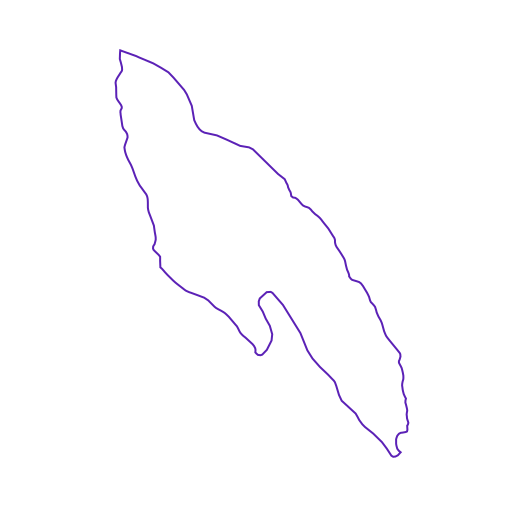 the district of Nuevo San Carlos, Retalhuleu, Guatemala, rotated 134°
{"feature_id": "79465075B2823208304542", "entity_name": "Nuevo San Carlos", "entity_type": "district", "adm_level": 2, "iso_a3": "GTM", "parent_name": "Guatemala", "parent_adm1": "Retalhuleu", "projection": "equal_earth", "projection_center": [-91.689, 14.629], "detail": "fine", "context": "isolated", "style": "outline", "palette": "violet", "viewbox_px": 512, "rotation_deg": 134, "n_neighbors": 0, "source": "geoboundaries", "source_scale": "gbopen_adm2", "svg_char_len": 4031}
<svg xmlns="http://www.w3.org/2000/svg" viewBox="0 0 512 512"><g transform="rotate(134 256 256)"><path d="M206.4,170.3L206.5,172.0L206.0,174.8L205.1,175.7L204.4,176.8L203.6,178.5L202.6,181.0L200.4,184.6L197.8,188.4L197.0,189.9L196.4,191.7L195.3,196.0L194.5,199.4L193.5,204.4L192.8,206.3L191.9,207.8L191.1,208.9L190.1,209.8L189.3,210.8L188.5,212.5L188.2,214.2L186.0,223.1L185.2,229.6L184.8,232.5L184.5,234.2L184.3,236.3L184.3,237.8L184.4,239.7L184.6,241.1L184.8,242.5L184.8,244.4L184.8,246.6L184.5,248.8L184.6,251.4L185.5,253.5L186.3,255.0L187.0,257.2L187.0,259.2L186.4,265.0L186.6,266.8L186.9,268.2L188.2,270.0L188.4,272.2L187.4,273.6L186.6,274.6L185.9,276.0L185.5,277.6L184.3,280.6L183.4,281.9L182.8,283.1L182.3,284.9L180.8,288.7L181.7,297.0L181.4,332.3L182.7,336.5L187.8,343.9L192.7,358.0L196.4,367.9L203.1,378.8L204.0,381.8L204.1,384.6L203.6,387.9L202.6,391.2L201.2,394.8L192.6,406.5L187.8,418.0L186.5,423.0L185.0,439.2L184.7,446.6L186.6,455.2L188.8,463.7L194.4,478.1L195.4,481.0L202.4,496.5L204.8,494.5L208.9,490.8L210.6,487.8L213.1,483.8L214.8,481.9L215.8,481.2L216.8,480.9L218.4,480.7L219.7,480.4L221.3,480.1L223.3,479.7L224.9,479.3L226.4,478.8L227.4,478.4L228.9,477.4L229.8,476.3L231.7,473.9L237.3,468.3L239.0,466.5L239.8,464.6L240.4,461.9L240.6,460.6L241.2,457.8L242.0,456.1L242.9,455.3L244.5,454.8L245.5,454.5L246.8,453.4L247.5,452.5L248.4,451.5L252.9,445.6L255.3,442.5L256.5,440.2L256.8,438.7L256.9,436.8L257.1,435.5L257.8,433.4L258.9,431.8L260.0,430.7L261.9,429.8L267.1,427.4L269.2,426.2L270.0,425.2L271.2,423.6L272.2,422.1L273.6,419.5L274.5,417.5L275.6,414.7L277.3,409.3L278.3,406.9L279.0,405.3L282.6,398.1L284.4,393.9L285.5,390.4L286.1,388.4L286.5,385.8L287.1,382.5L287.6,379.6L287.9,377.8L288.7,375.8L289.8,374.1L290.7,373.0L292.4,371.2L296.4,367.3L297.7,365.6L299.0,363.5L300.7,359.8L303.3,354.3L305.1,350.5L306.4,348.9L309.2,345.3L311.2,342.5L312.2,341.2L313.9,339.5L315.2,338.7L318.1,337.1L319.6,336.9L320.7,336.5L322.1,335.3L322.7,334.1L322.8,332.3L322.8,330.8L322.8,326.8L323.1,324.5L324.3,323.3L326.0,321.7L330.6,316.9L330.5,314.9L330.7,312.2L330.9,310.3L331.1,306.6L331.2,298.7L331.1,295.6L330.9,293.3L329.9,284.0L329.7,282.6L329.3,281.3L328.4,278.8L327.7,277.4L324.6,270.4L322.8,266.2L322.0,264.4L321.1,259.5L321.3,250.5L321.1,248.5L320.5,246.1L319.6,243.0L319.0,240.5L318.7,238.8L318.6,236.6L318.6,235.1L318.6,233.4L318.8,231.5L319.7,222.5L319.8,221.0L320.4,219.0L321.2,216.8L321.7,215.4L322.1,213.9L322.3,211.7L322.3,209.5L322.1,207.8L322.0,206.4L321.8,197.2L322.1,194.9L322.9,192.5L323.9,191.1L325.8,189.5L325.9,187.9L325.8,185.9L324.2,183.8L322.6,183.0L316.0,183.0L306.0,186.1L301.0,190.0L296.6,197.6L294.3,205.5L291.3,212.5L289.4,219.8L286.7,222.5L283.9,223.8L276.4,223.3L274.6,223.2L271.6,220.5L271.1,218.5L272.5,202.6L280.6,170.5L288.2,153.5L290.5,144.1L291.4,132.9L291.3,121.9L291.5,117.2L291.6,113.4L292.0,111.5L293.7,108.0L298.3,99.8L300.6,93.8L300.1,74.9L301.1,71.4L302.3,67.8L303.2,62.6L303.3,58.9L303.0,55.7L302.3,48.3L302.4,36.1L303.7,28.1L305.6,19.9L305.1,17.8L303.4,16.4L300.8,15.5L296.7,15.6L296.9,18.0L296.5,20.5L294.9,23.2L293.8,24.7L290.5,27.9L289.0,28.7L287.1,29.5L284.6,29.7L282.7,29.1L281.1,27.8L278.6,26.0L277.3,25.5L275.9,26.3L274.4,27.9L273.0,29.4L271.8,29.6L270.2,30.5L269.4,31.8L268.8,33.0L267.8,34.7L266.7,35.9L265.4,37.5L264.4,38.3L263.4,39.0L262.3,39.7L261.2,41.0L260.4,42.2L258.7,44.9L257.7,46.7L256.0,48.2L254.4,49.1L253.8,51.0L252.7,53.8L251.1,56.4L250.2,57.7L248.6,59.7L247.7,60.9L246.3,62.1L244.5,63.3L242.4,64.4L241.3,65.3L239.7,66.9L237.9,69.4L236.6,71.4L235.4,73.4L234.7,75.3L234.2,76.9L233.5,79.0L232.3,80.2L230.8,80.7L228.0,82.2L226.4,84.0L225.9,85.3L225.7,87.0L225.3,90.0L224.0,101.2L223.6,104.2L223.2,106.5L222.6,108.2L222.0,109.6L221.1,111.6L219.1,115.0L217.9,117.0L216.7,119.2L215.6,121.9L214.5,125.8L213.4,128.5L212.7,130.1L211.4,132.2L209.9,135.0L209.6,136.8L209.4,139.4L209.4,141.3L208.7,143.1L206.9,146.2L206.2,148.0L205.3,150.6L204.2,154.8L203.3,158.1L202.8,161.4L203.1,163.7L204.1,165.8L206.4,170.3Z" fill="none" stroke="#5b21b6" stroke-width="2"/></g></svg>